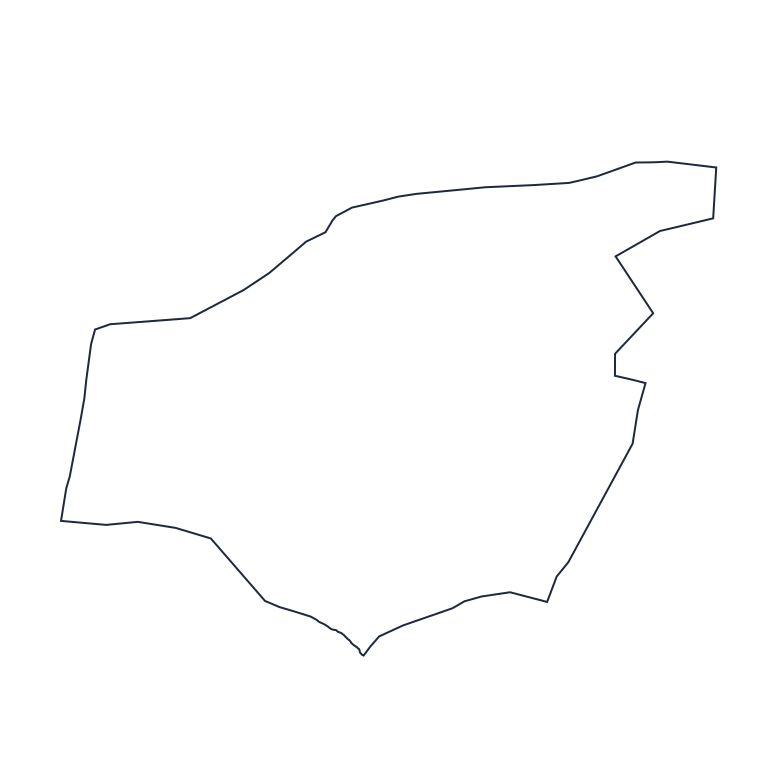 Gudu, Sokoto, Nigeria, rotated 10°
{"feature_id": "59680162B43671986122418", "entity_name": "Gudu", "entity_type": "district", "adm_level": 2, "iso_a3": "NGA", "parent_name": "Nigeria", "parent_adm1": "Sokoto", "projection": "albers", "projection_center": [4.48, 13.464], "detail": "fine", "context": "isolated", "style": "outline", "palette": "slate", "viewbox_px": 768, "rotation_deg": 10, "n_neighbors": 0, "source": "geoboundaries", "source_scale": "gbopen_adm2", "svg_char_len": 1477}
<svg xmlns="http://www.w3.org/2000/svg" viewBox="0 0 768 768"><g transform="rotate(10 384 384)"><path d="M610.7,484.9L639.2,399.6L638.6,365.7L641.4,337.7L626.4,336.6L610.0,335.8L606.3,314.1L636.8,267.6L589.9,218.1L629.2,185.4L679.4,163.7L673.6,113.1L624.6,115.8L610.8,118.9L593.3,122.2L557.7,142.5L537.6,151.2L531.4,153.8L497.4,162.0L449.8,172.6L415.9,182.0L383.0,191.1L365.5,197.0L351.2,203.5L321.9,215.8L307.6,227.0L304.9,231.8L300.0,244.7L282.5,257.4L269.2,273.6L251.7,294.6L229.6,315.7L181.7,352.8L103.9,372.7L90.0,380.5L88.6,395.5L90.1,431.7L91.4,450.3L91.4,471.1L90.6,529.4L89.2,542.1L89.7,574.9L134.9,571.0L165.5,562.5L203.7,561.9L240.3,566.2L304.5,618.3L319.6,621.8L332.8,623.3L352.4,625.8L353.6,626.3L354.7,626.6L356.9,627.4L359.4,628.3L360.8,629.3L367.2,631.1L368.7,631.7L370.4,632.4L371.9,633.2L373.2,633.9L374.4,634.4L375.3,634.6L375.8,634.7L376.4,634.8L377.0,634.8L378.2,634.7L379.0,634.6L380.2,635.0L381.2,635.9L383.3,636.3L385.1,636.6L386.8,637.6L388.0,638.1L389.5,639.3L391.0,640.3L392.6,641.5L394.2,642.2L395.0,642.9L396.0,643.7L396.5,644.5L397.7,645.2L398.4,645.8L399.7,646.4L400.4,646.9L401.3,647.0L402.0,647.6L403.2,648.0L403.6,648.4L404.2,648.9L404.9,649.0L405.5,649.5L406.1,650.3L406.5,651.2L406.8,652.3L407.2,652.8L408.2,653.5L409.5,654.6L410.3,654.6L411.1,654.9L416.2,644.8L423.1,633.4L444.6,618.5L490.3,593.0L501.0,584.0L517.0,576.3L544.3,567.2L582.5,570.3L587.5,543.6L596.5,527.4L610.7,484.9Z" fill="none" stroke="#1e293b" stroke-width="2"/></g></svg>